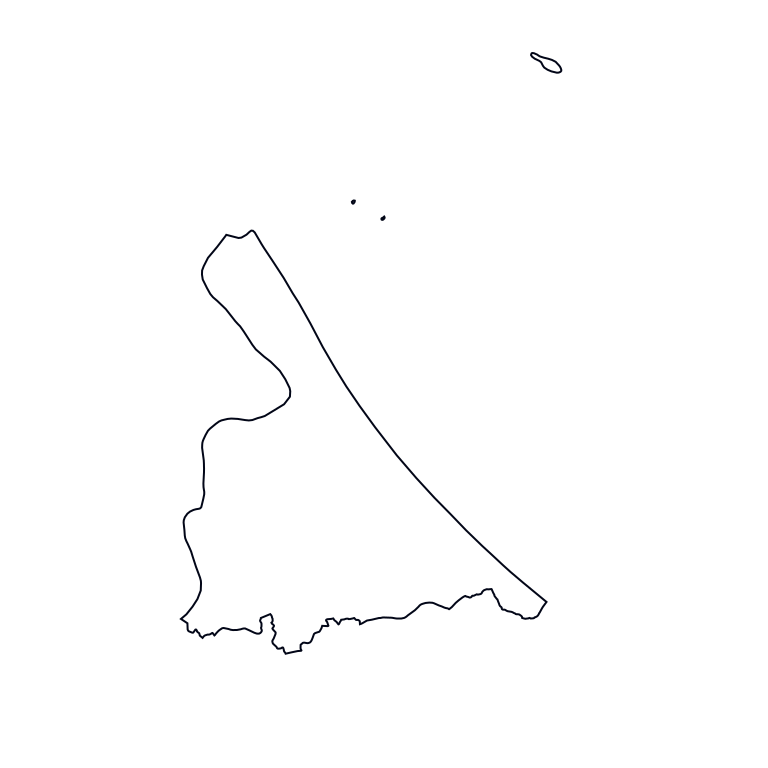 Nghi Xuan, Ha Tinh, Vietnam (Albers equal-area conic projection), rotated 342°
{"feature_id": "81297802B92253150972948", "entity_name": "Nghi Xuan", "entity_type": "district", "adm_level": 2, "iso_a3": "VNM", "parent_name": "Vietnam", "parent_adm1": "Ha Tinh", "projection": "albers", "projection_center": [105.774, 18.664], "detail": "fine", "context": "isolated", "style": "outline", "palette": "ink", "viewbox_px": 768, "rotation_deg": 342, "n_neighbors": 0, "source": "geoboundaries", "source_scale": "gbopen_adm2", "svg_char_len": 6133}
<svg xmlns="http://www.w3.org/2000/svg" viewBox="0 0 768 768"><g transform="rotate(342 384 384)"><path d="M376.4,618.3L379.6,617.1L384.6,614.3L388.2,612.8L392.5,611.3L394.1,610.9L395.3,610.7L396.0,610.8L396.5,611.5L398.0,612.4L398.6,612.8L399.2,613.4L399.6,613.6L400.2,613.7L400.8,613.7L401.4,613.5L402.1,612.9L402.4,612.8L402.7,612.7L403.4,613.0L404.2,613.1L407.1,612.7L407.3,612.7L408.1,613.3L408.7,613.4L410.5,613.6L411.1,613.6L412.0,613.3L412.4,613.0L412.9,612.4L413.5,611.9L414.9,611.2L415.6,611.0L418.2,610.9L420.0,611.6L422.7,612.2L422.9,612.3L423.0,612.7L423.3,615.9L423.5,617.3L423.8,618.4L423.6,619.3L423.7,620.1L424.6,622.5L424.8,623.2L425.3,623.9L425.3,625.2L425.4,627.3L425.5,628.2L425.5,628.7L425.5,630.0L425.8,631.2L426.6,632.4L426.8,632.9L426.6,634.0L426.7,634.7L427.4,635.4L428.8,635.8L429.4,636.2L430.5,637.5L431.4,638.3L434.7,640.0L435.9,640.9L436.4,641.6L437.8,642.8L438.2,643.5L439.1,644.0L439.8,644.2L441.1,644.8L441.6,645.2L442.9,647.0L443.2,647.6L443.3,648.1L443.1,649.2L444.9,650.4L446.0,651.0L447.9,651.3L448.6,651.5L449.7,651.4L450.3,651.5L450.8,652.2L451.2,652.4L453.3,652.9L454.1,653.0L454.5,652.9L454.9,652.6L455.1,652.5L455.6,652.6L457.2,652.4L458.2,652.1L459.0,651.6L460.0,650.8L460.6,650.0L461.3,649.6L464.9,646.2L466.3,645.0L471.2,641.5L454.9,615.9L446.2,601.8L441.2,593.1L434.1,580.3L427.4,568.4L416.9,548.6L406.8,527.8L396.9,508.0L385.7,483.5L374.1,455.8L362.1,422.2L354.0,397.3L347.4,374.7L342.7,355.5L337.2,330.0L332.7,303.7L328.0,280.2L325.2,269.5L321.4,252.2L316.3,233.3L311.9,217.6L310.8,213.2L307.9,199.9L306.7,197.8L305.2,197.1L303.0,197.8L299.4,199.5L293.7,200.7L290.8,200.2L280.1,193.4L278.8,194.4L267.6,202.1L255.6,209.6L248.9,216.3L246.1,219.8L244.7,223.7L243.9,228.6L245.3,238.1L246.6,244.7L248.2,248.7L251.2,253.6L256.7,263.9L262.0,278.4L263.5,281.7L265.0,284.7L266.9,290.9L270.9,306.0L272.8,311.5L278.4,320.9L283.1,327.8L289.0,339.3L291.6,349.0L293.0,358.6L292.6,361.9L290.6,367.0L282.7,372.4L260.7,377.6L256.9,377.6L253.3,377.4L247.7,377.6L244.2,376.9L240.8,375.4L234.1,372.0L228.1,369.7L224.5,368.9L221.0,368.6L218.1,368.4L215.5,368.7L211.5,370.0L204.7,372.7L202.1,374.1L198.6,377.3L195.5,380.6L194.2,382.1L193.1,383.8L192.3,385.7L191.3,388.5L189.0,400.9L188.1,404.2L187.3,406.8L186.7,408.9L186.0,410.9L185.5,412.4L181.5,422.8L180.5,426.3L180.1,428.5L179.8,430.6L179.5,431.7L178.9,433.4L176.7,437.3L172.2,444.6L170.9,445.4L169.7,445.5L166.4,445.0L163.8,444.9L160.1,445.4L156.9,446.6L153.4,449.2L151.5,451.7L150.6,453.8L149.1,461.0L147.7,466.6L147.3,469.3L147.5,472.5L147.9,475.1L148.5,480.5L148.8,483.8L148.7,489.1L148.7,499.8L149.2,511.2L149.0,514.7L148.4,517.0L145.9,523.8L140.1,530.9L133.1,536.6L124.9,542.0L118.3,544.7L123.1,550.8L121.4,556.8L121.5,558.0L121.8,558.6L122.2,559.1L124.6,561.1L125.4,561.5L125.8,561.4L126.6,560.9L128.6,559.4L128.8,559.3L129.3,559.4L129.6,559.9L129.8,560.8L129.7,561.4L129.9,561.9L130.1,562.5L130.6,563.0L131.0,563.6L131.2,564.0L131.2,565.1L131.1,565.8L131.1,566.4L133.0,569.4L134.6,568.3L135.1,568.1L136.0,567.8L138.8,567.8L139.9,568.2L140.8,568.3L141.8,568.2L142.8,567.9L143.6,567.7L144.0,567.8L144.9,570.4L145.0,570.7L145.8,570.4L146.3,570.0L147.0,569.5L148.5,568.6L150.0,567.8L151.4,567.2L154.5,566.3L154.9,566.3L156.1,566.5L158.2,567.7L160.5,569.0L162.2,570.3L164.2,571.3L168.1,572.5L171.9,573.0L173.7,573.0L175.3,573.2L176.4,573.6L179.6,576.5L183.8,580.5L185.8,582.0L187.0,582.5L188.2,582.8L189.4,582.6L190.4,582.1L191.0,581.6L191.5,581.0L191.7,580.0L191.6,578.8L191.7,577.9L192.4,577.0L192.8,576.0L193.4,574.2L193.5,573.5L193.0,571.6L193.0,571.0L193.1,570.6L194.4,569.0L194.6,568.5L204.7,567.7L205.3,569.1L205.4,569.7L205.5,570.5L205.3,571.5L205.5,572.7L205.0,574.6L204.8,575.0L204.1,575.8L203.7,576.1L203.2,576.2L203.2,576.5L203.4,577.4L204.2,578.5L204.7,579.7L204.4,580.4L203.3,581.3L202.4,581.9L202.3,582.1L202.5,583.1L204.1,586.6L204.1,587.0L203.6,588.2L200.5,591.9L198.6,593.6L198.2,594.5L198.1,596.1L198.2,596.6L198.6,597.4L200.3,600.4L200.6,601.2L200.7,602.2L201.0,602.7L201.8,603.1L203.0,603.4L203.9,603.5L204.7,603.5L205.5,603.2L206.0,603.2L206.4,603.4L206.6,603.8L206.6,605.3L206.4,607.0L206.4,607.6L207.0,609.1L207.1,610.1L212.8,610.6L219.3,611.3L222.7,612.1L223.1,611.9L223.1,611.4L222.9,610.5L223.0,609.4L224.1,606.3L224.9,605.9L226.1,605.5L226.5,605.2L227.2,605.1L228.4,605.4L230.0,606.3L231.3,606.9L232.0,607.0L232.8,607.0L233.7,606.9L234.4,606.6L235.4,605.9L236.3,605.0L237.8,603.2L238.8,601.9L240.1,600.2L241.2,599.7L242.5,599.6L245.9,599.6L246.7,599.1L249.0,597.0L250.5,594.9L255.4,596.8L256.0,596.9L256.4,596.7L256.4,595.9L256.4,592.9L255.8,591.2L256.0,590.6L256.5,590.3L257.2,590.2L257.9,590.3L259.0,590.6L261.2,591.1L263.3,591.3L263.5,592.0L263.8,593.3L265.3,595.5L266.0,597.5L266.4,598.5L266.7,598.5L267.2,598.2L268.9,596.4L269.8,595.8L270.4,595.0L273.6,595.6L274.9,595.5L275.7,595.6L276.8,595.9L277.4,596.2L277.6,596.6L278.2,596.8L278.8,597.0L281.7,597.3L282.8,597.4L283.2,597.3L283.4,597.4L284.1,599.0L284.6,599.8L286.0,600.2L286.4,600.4L286.8,600.7L287.5,601.7L287.6,602.4L287.4,603.1L286.9,605.0L288.4,605.0L290.1,604.7L294.7,603.7L299.6,604.4L307.0,605.0L308.2,605.4L310.9,605.7L319.2,608.7L322.4,610.4L323.7,611.0L328.0,612.4L330.0,612.6L330.7,612.7L332.2,612.5L333.6,612.1L335.2,611.4L343.5,608.7L348.0,606.5L349.3,605.7L350.6,605.2L352.0,605.0L353.6,605.0L355.9,605.1L359.6,605.9L362.4,607.0L363.7,607.9L367.7,611.5L370.2,613.4L372.3,615.3L373.6,616.2L375.1,617.0L376.1,617.9L376.2,618.2L376.4,618.3ZM648.4,141.6L649.4,140.9L649.7,139.9L649.7,138.3L649.4,136.5L648.9,135.1L646.8,130.6L643.9,127.7L640.7,125.4L636.8,123.0L633.6,120.7L632.5,119.5L631.5,118.1L628.8,115.7L627.2,115.0L626.5,115.2L625.9,115.9L625.5,116.6L626.0,118.5L627.9,121.2L631.4,124.5L632.4,125.8L632.9,126.7L633.5,130.5L634.2,132.6L636.7,135.7L639.8,138.4L644.5,141.3L645.8,141.7L647.0,141.8L648.4,141.6ZM412.1,202.0L412.9,200.8L412.9,200.6L412.0,200.1L410.9,200.2L409.7,200.9L409.7,202.2L410.2,202.9L410.8,202.9L412.1,202.0ZM435.9,224.8L434.4,225.5L433.6,225.5L432.8,225.8L432.6,226.1L432.5,226.8L432.9,227.3L433.3,227.4L434.0,227.4L435.3,226.8L435.9,226.2L436.1,225.6L435.9,224.8Z" fill="none" stroke="#020617" stroke-width="2"/></g></svg>